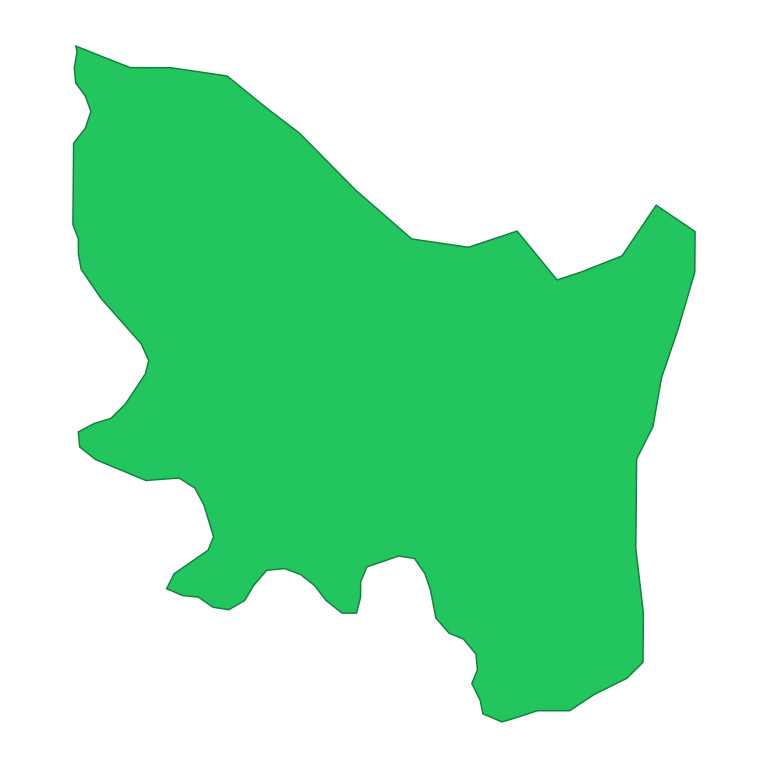 the district of Unpha, Hwanghae-bukto, North Korea
{"feature_id": "82179303B22390657322605", "entity_name": "Unpha", "entity_type": "district", "adm_level": 2, "iso_a3": "PRK", "parent_name": "North Korea", "parent_adm1": "Hwanghae-bukto", "projection": "robinson", "projection_center": [125.8, 38.378], "detail": "fine", "context": "isolated", "style": "filled", "palette": "green", "viewbox_px": 768, "rotation_deg": 0, "n_neighbors": 0, "source": "geoboundaries", "source_scale": "gbopen_adm2", "svg_char_len": 1199}
<svg xmlns="http://www.w3.org/2000/svg" viewBox="0 0 768 768"><path d="M292.0,571.3L300.6,574.5L314.4,585.4L326.1,600.5L342.0,613.1L356.5,613.1L360.6,597.1L360.6,582.0L366.9,566.9L398.6,556.0L414.5,558.5L424.9,573.7L430.4,589.6L435.9,618.1L449.1,633.2L463.5,639.1L476.0,654.2L477.4,670.1L471.8,683.5L480.2,700.3L482.9,713.8L501.8,721.9L512.9,718.7L537.3,710.7L569.7,710.7L594.1,694.5L626.7,678.4L643.0,662.2L643.4,613.4L635.8,548.4L636.2,507.7L636.6,459.0L653.0,426.5L661.5,377.8L678.1,329.1L694.8,272.2L695.1,231.6L671.0,215.3L656.2,205.2L622.1,255.8L581.5,271.9L557.1,280.0L517.1,231.1L468.4,247.3L411.8,239.0L355.6,190.1L299.4,133.1L267.3,108.6L227.1,76.0L170.6,67.7L130.1,67.6L100.2,55.8L75.9,46.1L77.0,51.8L74.3,67.8L75.7,82.9L85.4,96.3L90.9,111.4L85.3,128.2L73.6,143.3L72.9,224.6L78.4,238.9L78.4,254.0L81.1,269.1L101.1,298.5L141.2,343.8L148.7,360.6L145.3,374.0L125.3,404.2L110.8,418.4L94.2,423.5L78.3,431.9L79.7,447.0L95.6,459.6L145.9,480.5L179.1,478.0L194.9,488.1L203.9,504.9L213.6,536.7L208.1,550.2L174.2,573.7L166.6,588.7L182.5,595.5L198.4,597.1L212.9,607.2L228.8,609.7L244.7,600.5L253.7,585.4L266.7,570.3L284.7,568.6L292.0,571.3Z" fill="#22c55e" stroke="#15803d" stroke-width="1.5"/></svg>